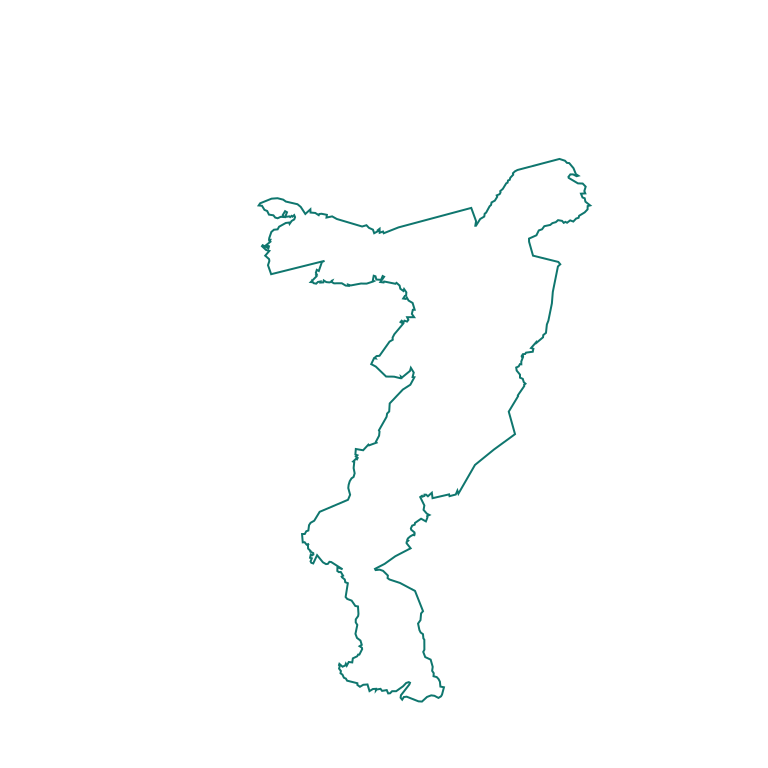 Tenamaxtlán, Jalisco, Mexico (Robinson projection), rotated 27°
{"feature_id": "50627088B22076648186197", "entity_name": "Tenamaxtlán", "entity_type": "district", "adm_level": 2, "iso_a3": "MEX", "parent_name": "Mexico", "parent_adm1": "Jalisco", "projection": "robinson", "projection_center": [-104.169, 20.135], "detail": "fine", "context": "isolated", "style": "outline", "palette": "teal", "viewbox_px": 768, "rotation_deg": 27, "n_neighbors": 0, "source": "geoboundaries", "source_scale": "gbopen_adm2", "svg_char_len": 6165}
<svg xmlns="http://www.w3.org/2000/svg" viewBox="0 0 768 768"><g transform="rotate(27 384 384)"><path d="M245.1,262.8L240.7,264.6L239.1,261.8L236.7,268.2L229.4,264.0L225.3,263.1L213.7,266.0L210.5,265.5L204.8,266.8L199.7,269.9L191.6,279.2L191.3,281.8L194.4,280.6L198.4,283.1L201.4,282.9L204.6,285.3L208.9,283.9L211.5,285.1L214.0,284.6L216.1,281.9L219.2,280.6L217.1,279.5L217.4,274.9L219.6,275.0L220.1,280.0L223.6,277.6L224.6,277.9L225.4,276.1L226.5,276.4L227.3,274.3L229.0,275.7L229.3,278.1L227.7,280.6L227.2,284.2L226.2,283.2L223.4,285.1L219.1,291.5L219.0,294.5L215.9,296.5L214.6,299.7L215.5,306.0L216.1,307.7L217.3,307.1L217.4,309.0L218.1,309.0L216.0,313.7L219.0,313.5L219.4,315.6L212.9,315.4L212.7,316.6L218.0,318.1L221.4,317.5L219.9,323.6L224.9,324.9L226.0,326.4L226.7,330.8L233.6,337.4L275.1,301.3L273.3,303.5L274.6,312.9L272.3,312.8L272.8,315.9L274.6,317.1L274.0,317.8L275.0,318.6L272.5,326.4L273.5,326.0L273.2,325.0L275.5,326.1L278.0,325.4L278.8,323.1L281.0,321.4L281.3,322.5L283.8,321.0L283.3,319.1L286.3,319.4L289.2,318.3L290.8,316.8L290.5,315.9L290.9,315.4L290.9,316.9L293.7,317.0L300.7,313.4L305.1,313.7L307.9,312.6L307.0,311.7L309.6,311.3L317.8,305.0L323.0,302.4L327.8,297.6L328.4,296.8L327.0,296.7L325.7,292.2L327.5,291.9L329.8,294.4L334.1,292.5L333.8,288.4L335.4,288.4L334.5,294.8L337.6,293.7L337.6,292.6L348.7,289.5L349.2,288.2L353.2,289.2L355.3,291.7L359.0,292.3L358.8,290.3L362.3,292.2L363.5,295.0L362.6,296.0L362.3,299.1L364.8,298.3L365.1,296.6L368.0,298.5L372.7,298.8L377.6,303.9L376.0,304.8L377.0,308.9L380.5,310.8L374.3,314.0L376.6,315.8L376.2,317.9L373.5,318.3L373.4,320.1L371.0,319.6L370.6,321.3L373.7,321.5L370.6,335.0L370.6,338.8L371.7,340.6L369.7,343.7L367.2,360.9L364.7,362.5L363.9,364.5L364.9,365.0L363.4,365.5L363.6,372.1L368.8,372.2L382.5,376.4L389.6,372.9L396.0,371.4L396.7,371.0L395.7,369.7L397.1,370.0L401.2,360.6L400.6,357.4L405.3,360.3L406.3,364.8L408.0,364.2L407.8,372.7L403.3,380.4L397.9,398.7L401.1,406.1L400.2,408.9L401.2,412.1L400.5,427.6L401.6,428.4L403.1,432.3L403.0,439.1L404.0,439.6L398.5,445.5L397.6,445.1L395.5,452.5L388.4,454.7L390.5,459.8L392.6,459.6L391.9,461.4L394.1,461.8L394.1,463.4L393.0,463.3L391.7,467.1L392.9,467.0L395.1,472.7L398.4,476.9L399.1,480.6L397.9,482.8L397.6,486.1L398.3,490.0L399.4,492.9L404.1,498.1L404.5,503.5L384.7,527.1L383.9,537.5L381.6,541.0L381.3,543.8L383.1,548.9L381.6,550.5L381.5,553.6L379.1,554.9L383.5,562.0L385.1,561.0L388.0,562.3L389.6,560.5L389.2,561.8L391.1,565.1L394.3,566.1L394.4,566.8L397.7,566.8L398.5,568.0L397.7,569.3L396.2,569.2L397.0,572.4L398.8,572.1L399.1,575.4L400.4,576.3L402.4,576.0L402.1,566.9L410.5,570.6L414.1,570.8L415.6,569.8L416.1,567.2L417.8,566.6L431.2,567.9L425.7,568.4L427.3,571.8L429.2,572.1L430.8,571.1L434.6,573.4L433.7,574.8L434.4,575.3L437.8,576.0L439.5,578.2L442.2,577.9L446.5,591.2L448.8,592.2L453.5,591.7L459.2,594.8L461.8,594.0L465.6,600.4L466.3,602.5L465.7,606.5L467.0,609.2L469.6,610.8L472.0,619.6L475.2,622.5L479.5,623.3L482.6,626.5L481.3,628.7L484.0,629.0L484.9,630.1L484.9,636.3L483.8,636.8L483.7,638.8L480.8,642.6L482.1,646.5L478.8,647.7L478.7,651.9L477.0,650.6L477.2,652.5L475.4,654.7L471.3,653.6L471.5,654.9L472.6,655.4L473.2,658.0L475.9,659.3L476.6,661.5L478.9,661.8L481.6,663.9L483.8,663.8L485.8,665.1L496.1,662.7L496.9,664.2L500.0,664.7L502.1,661.4L505.7,659.2L510.5,664.2L512.6,660.8L515.3,659.2L515.9,660.7L516.1,659.6L519.3,657.2L521.6,658.3L525.4,655.5L528.2,657.8L529.8,656.8L530.7,654.0L534.3,652.2L538.2,644.7L539.5,640.3L541.4,638.4L542.8,638.4L543.0,640.2L540.4,653.6L541.2,656.0L543.5,657.0L543.8,653.9L546.2,652.3L558.8,651.1L562.0,649.7L564.4,643.3L567.4,640.0L570.5,638.9L575.0,639.0L576.6,636.4L576.7,634.4L575.1,627.0L571.6,628.0L569.0,623.9L566.5,622.1L564.0,621.2L560.8,621.9L559.6,619.1L557.1,617.7L555.8,613.9L550.7,608.4L544.7,608.6L540.6,604.9L540.6,602.4L536.0,593.5L534.6,592.8L532.3,589.2L529.5,588.8L527.3,587.2L523.1,582.0L523.7,577.8L521.2,571.6L521.9,568.7L505.6,554.3L488.6,554.0L477.6,555.7L475.3,555.3L474.4,552.9L468.0,550.9L464.4,551.4L461.0,553.6L459.9,552.8L466.2,544.0L472.3,532.3L482.3,518.3L476.4,515.6L475.9,514.6L476.7,512.6L475.5,512.5L475.4,510.8L476.6,507.8L478.2,505.4L480.5,504.7L478.8,504.7L479.2,503.4L478.5,502.4L474.4,501.5L473.5,500.5L473.4,497.4L475.2,495.4L474.7,493.7L478.2,487.2L483.7,487.4L483.3,483.2L482.4,482.2L483.9,480.1L481.1,480.1L476.4,478.2L475.1,473.9L467.6,468.3L468.6,466.4L469.4,466.9L470.8,465.4L470.3,464.2L471.7,463.5L474.1,464.1L476.0,459.2L479.1,463.7L492.1,452.8L493.3,454.2L498.1,449.9L497.8,445.7L500.1,448.0L501.8,414.8L511.7,392.5L523.5,369.2L507.7,352.0L509.0,333.9L508.4,333.4L509.9,322.2L509.2,321.0L509.9,319.5L507.7,318.9L505.3,316.4L502.3,316.6L500.9,313.9L496.1,311.8L494.3,309.3L496.0,307.2L496.1,304.6L497.4,304.1L496.1,301.6L495.6,296.6L495.0,295.8L494.6,297.2L494.0,296.7L494.2,294.4L496.1,293.2L496.3,291.6L501.9,287.7L501.1,284.8L498.7,285.2L500.6,277.6L501.1,278.2L504.5,270.2L503.7,268.1L505.1,264.9L502.1,257.0L501.7,252.9L497.0,236.0L492.6,225.3L485.6,200.3L486.7,197.3L483.9,196.1L458.5,202.0L448.7,191.4L447.2,188.6L452.3,182.3L452.2,176.9L454.6,174.4L455.2,170.6L459.9,166.8L461.0,164.2L463.6,161.8L464.7,159.0L468.6,157.8L471.0,158.8L472.0,157.2L473.9,157.2L475.6,153.7L478.9,153.3L480.1,149.3L481.9,147.6L481.5,145.5L484.9,140.0L486.1,136.0L484.7,133.0L486.6,131.3L480.7,130.1L478.5,127.4L476.2,127.7L473.1,125.0L476.8,122.8L474.9,121.1L474.1,116.6L470.0,115.2L465.7,117.2L455.0,116.5L454.3,115.7L454.9,112.6L457.3,111.4L461.3,111.4L462.6,110.2L459.7,109.9L454.9,105.7L448.8,103.1L446.6,103.9L443.9,102.9L438.2,103.8L405.8,132.7L404.1,135.1L403.2,137.7L404.1,138.9L402.9,142.8L403.3,145.0L402.1,146.4L402.7,148.5L401.8,149.7L401.3,156.2L400.0,159.4L400.9,160.5L400.8,162.4L398.8,164.8L399.9,165.8L399.5,170.3L397.4,173.4L398.1,175.9L397.4,177.7L397.2,185.0L396.4,186.5L397.3,189.3L394.8,193.3L394.1,201.2L393.5,201.5L392.1,197.1L381.8,187.5L325.8,237.9L315.3,249.8L313.9,248.6L311.5,251.2L309.6,247.7L308.6,249.9L309.3,250.5L306.8,254.1L304.1,251.5L299.7,251.7L296.3,250.5L293.0,253.6L267.0,258.4L261.7,258.2L257.2,261.8L256.3,259.2L251.0,260.7L249.2,261.9L249.2,263.2L245.1,262.8Z" fill="none" stroke="#0f766e" stroke-width="2"/></g></svg>